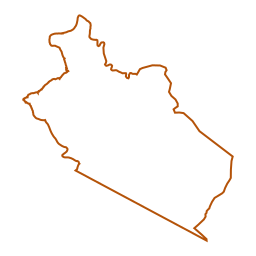 the district of Ibobang, Ngatpang, Palau
{"feature_id": "81905179B30151450559542", "entity_name": "Ibobang", "entity_type": "district", "adm_level": 2, "iso_a3": "PLW", "parent_name": "Palau", "parent_adm1": "Ngatpang", "projection": "robinson", "projection_center": [134.529, 7.483], "detail": "fine", "context": "isolated", "style": "outline", "palette": "amber", "viewbox_px": 256, "rotation_deg": 0, "n_neighbors": 0, "source": "geoboundaries", "source_scale": "gbopen_adm2", "svg_char_len": 4880}
<svg xmlns="http://www.w3.org/2000/svg" viewBox="0 0 256 256"><path d="M96.1,39.7L95.5,39.9L94.1,39.7L93.3,39.7L92.9,39.5L92.4,39.4L91.4,39.1L90.8,38.7L90.4,38.1L89.6,37.4L89.4,36.6L89.5,35.5L89.8,34.0L89.9,32.4L89.9,31.3L90.0,30.3L90.2,29.3L90.5,28.3L90.4,26.9L90.7,25.8L90.6,24.9L90.5,23.9L90.3,23.5L90.2,23.0L89.6,22.6L89.1,22.0L88.7,21.6L88.4,21.3L87.2,20.8L86.2,19.9L85.6,19.1L84.6,18.4L83.4,17.5L82.7,17.0L82.1,16.6L81.3,16.1L80.6,15.8L80.1,15.5L79.4,15.4L78.9,15.6L78.4,16.2L77.7,17.9L77.6,19.0L77.5,20.1L77.2,21.5L77.0,22.5L76.8,23.4L76.5,24.3L76.2,25.1L75.7,26.1L75.0,27.0L74.4,28.0L73.9,28.6L73.4,29.1L72.7,29.7L71.9,30.1L71.5,30.4L70.7,30.8L69.3,31.1L67.9,31.5L66.5,32.2L65.3,32.5L64.1,32.8L62.1,33.2L62.3,33.5L61.2,33.6L59.8,33.4L59.1,33.5L58.4,33.4L57.5,33.6L56.7,33.5L56.0,33.5L55.3,33.7L54.6,33.7L53.6,34.0L52.4,34.4L51.5,34.8L50.8,35.3L50.2,36.0L49.8,36.6L49.7,38.2L49.4,39.6L49.5,41.5L49.6,42.6L49.9,43.0L50.1,44.1L51.3,45.6L52.1,45.8L55.0,45.7L56.5,46.4L59.5,47.7L60.4,49.8L61.6,51.7L61.8,52.6L62.5,55.1L63.1,56.6L64.1,58.3L64.6,58.5L64.1,59.4L64.6,60.6L65.0,62.2L65.3,62.8L65.5,63.6L65.7,64.5L65.9,65.3L66.3,66.1L66.4,67.3L66.0,67.6L66.1,68.2L66.7,67.8L67.0,68.7L66.2,69.4L66.1,69.8L66.6,70.2L66.7,70.9L67.3,71.0L67.6,70.8L68.1,70.8L68.3,71.1L67.6,71.5L67.1,71.7L67.0,72.0L66.8,72.0L66.6,72.4L66.2,72.7L65.8,72.8L65.3,72.8L64.9,73.1L64.2,73.3L63.9,73.5L63.5,74.0L63.2,74.4L62.9,74.7L62.5,75.0L62.1,75.6L61.9,75.9L61.2,76.7L61.0,77.2L60.0,78.0L59.7,78.7L59.4,78.3L59.1,78.6L58.8,78.4L58.4,78.1L57.9,78.1L56.7,78.7L55.3,79.3L54.2,78.9L53.6,79.0L52.3,79.4L51.7,80.1L50.8,80.6L49.5,81.3L49.1,81.8L48.7,81.9L48.4,82.6L48.0,82.8L47.1,83.7L46.6,84.1L46.0,84.5L45.4,84.8L44.4,85.8L44.2,86.3L43.7,86.5L43.5,87.1L43.1,87.3L42.8,88.1L42.3,88.5L41.9,89.2L41.7,89.1L41.3,89.7L40.8,89.7L40.4,90.2L39.7,90.7L39.2,91.4L38.7,91.2L38.5,91.7L38.0,91.8L37.8,92.1L37.8,92.9L37.4,92.4L36.2,92.3L35.4,92.6L34.6,92.8L33.8,93.1L33.5,93.1L33.3,93.2L32.7,93.1L32.2,93.2L31.6,93.3L31.0,93.4L30.2,93.8L29.8,94.2L29.0,94.5L28.4,94.7L28.2,95.0L27.9,95.6L27.7,96.3L27.7,96.9L27.6,97.3L27.4,97.3L26.9,97.1L26.8,97.4L26.4,97.5L26.1,97.7L25.8,97.7L25.1,97.9L24.8,98.4L24.3,98.5L23.7,98.7L23.3,99.3L23.4,99.9L24.0,99.9L24.4,100.5L24.6,101.2L25.0,101.6L25.4,101.6L25.6,102.0L25.7,102.5L26.3,102.3L26.4,102.6L26.9,102.6L27.4,103.2L27.9,103.2L28.4,103.6L29.4,103.7L29.3,103.9L29.4,104.2L29.6,104.5L29.9,104.7L30.6,106.0L30.9,106.1L31.0,106.8L31.3,107.3L31.4,107.5L31.4,107.9L31.7,108.2L32.0,109.0L32.2,109.7L32.5,110.4L32.9,111.1L32.9,112.3L33.2,112.9L33.3,114.3L33.5,115.0L33.9,115.7L34.6,116.5L35.3,117.4L36.2,118.2L37.1,118.6L38.3,118.9L39.3,119.3L40.2,119.7L41.2,120.0L42.1,120.1L43.2,120.2L44.6,120.2L45.1,120.0L45.4,120.5L45.5,121.3L45.9,121.9L46.2,122.4L46.7,123.0L47.2,123.5L47.9,124.4L48.4,125.5L49.1,127.0L49.9,129.1L50.2,129.8L50.3,130.3L50.5,130.7L50.8,131.3L51.0,131.8L51.4,132.7L51.9,133.6L52.3,134.4L53.0,135.4L53.4,136.2L53.9,136.8L54.5,137.6L55.3,138.4L55.9,139.4L56.5,140.4L56.9,141.2L57.4,142.1L58.3,143.3L59.3,144.2L60.3,144.8L61.3,145.5L62.1,146.0L63.4,146.6L64.3,147.0L65.9,147.2L66.3,147.5L66.9,148.1L67.4,148.7L67.5,149.8L67.2,150.3L67.0,150.9L66.7,151.5L66.0,152.1L65.2,152.8L64.3,153.4L63.8,153.8L63.2,154.3L62.5,154.8L62.3,155.3L62.3,155.8L62.6,156.4L63.0,156.6L63.4,156.9L64.3,157.3L65.4,157.4L66.5,157.4L67.0,157.4L67.8,157.4L68.8,157.5L70.4,158.0L71.4,158.3L72.3,158.8L73.4,159.3L74.5,160.1L76.4,161.1L77.2,161.0L78.1,161.4L78.5,161.7L78.8,162.3L78.9,163.1L79.4,163.7L79.0,164.0L78.8,164.4L78.4,164.9L78.2,165.3L78.1,165.7L77.9,166.2L77.7,166.8L77.5,167.4L77.3,168.1L77.3,168.6L77.2,168.8L76.9,169.4L76.7,169.5L76.6,169.9L76.2,170.0L75.7,170.3L75.5,170.5L206.6,240.6L206.5,239.1L204.3,237.1L202.2,235.1L194.3,228.2L198.2,224.8L203.9,219.4L205.6,216.6L205.4,214.2L206.5,212.9L206.7,211.1L207.8,209.8L209.3,208.4L209.9,206.4L212.0,201.9L214.6,197.9L222.2,193.3L223.8,191.7L225.1,188.0L227.2,183.7L229.4,180.4L230.8,177.9L230.9,169.6L231.5,161.0L232.7,156.5L199.5,131.2L192.5,121.0L183.6,113.1L179.3,112.5L175.0,112.7L173.6,109.3L175.5,107.8L177.7,106.4L177.7,103.5L175.5,99.5L171.4,95.9L169.0,91.9L169.8,89.0L171.0,83.2L167.4,77.8L165.0,74.4L165.4,72.0L166.6,70.2L165.6,67.7L160.1,65.5L152.4,65.3L142.5,68.0L139.9,69.2L138.2,72.2L136.8,74.5L135.7,73.9L135.0,73.8L134.0,73.9L132.5,73.8L131.5,73.3L131.0,73.0L130.1,73.1L129.3,74.4L129.0,75.0L129.0,77.1L128.4,78.3L127.0,77.9L125.9,76.5L126.0,75.4L126.2,74.1L125.9,73.2L125.0,73.2L123.7,73.2L122.6,73.3L120.5,72.3L119.1,71.8L116.6,70.3L115.4,70.2L114.1,70.4L112.6,70.5L111.7,70.1L111.1,69.4L111.3,68.1L111.7,67.5L112.1,65.8L111.7,65.2L110.8,64.5L109.6,64.5L108.0,65.4L106.3,65.8L105.6,65.4L105.0,64.4L105.9,62.9L106.3,61.1L103.8,53.5L103.4,47.7L104.4,44.1L104.1,42.8L103.4,42.3L101.4,42.5L100.5,43.6L99.5,45.6L98.5,46.1L97.6,45.5L97.4,44.1L97.5,41.4L97.3,40.2L96.1,39.7Z" fill="none" stroke="#b45309" stroke-width="2"/></svg>